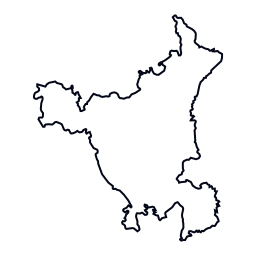 map outline of Haryana (Mercator projection)
{"feature_id": "IND-2430", "entity_name": "Haryana", "entity_type": "State", "adm_level": 1, "iso_a3": "IND", "parent_name": "India", "parent_adm1": "", "projection": "mercator", "projection_center": [76.236, 29.302], "detail": "fine", "context": "isolated", "style": "outline", "palette": "ink", "viewbox_px": 256, "rotation_deg": 0, "n_neighbors": 0, "source": "natural_earth", "source_scale": "10m", "svg_char_len": 5813}
<svg xmlns="http://www.w3.org/2000/svg" viewBox="0 0 256 256"><path d="M175.3,15.4L175.9,15.7L176.5,16.9L177.5,17.9L181.1,17.8L182.8,19.8L184.1,23.3L186.4,24.6L186.8,26.4L192.0,29.1L194.3,31.0L195.7,33.2L195.8,34.3L195.5,39.1L194.6,41.0L194.8,42.0L195.6,43.1L198.9,45.7L199.3,47.4L201.3,46.5L205.0,48.5L208.4,49.3L209.7,50.7L210.6,50.6L214.0,48.9L214.1,49.3L212.9,51.3L214.5,51.5L217.6,51.0L219.2,52.5L222.0,53.9L222.1,54.8L222.0,58.0L221.1,61.2L211.7,70.0L211.2,70.7L211.0,72.7L209.0,73.9L207.2,75.7L206.2,76.1L205.9,77.8L203.9,77.9L203.4,79.4L200.6,82.2L199.4,85.5L197.6,94.2L196.5,96.5L195.2,96.6L194.8,96.9L194.7,97.5L195.3,99.1L195.0,99.8L193.2,101.2L193.6,102.6L192.0,104.3L192.4,105.5L191.9,106.7L192.8,109.1L192.4,109.6L190.6,110.4L190.3,111.4L191.1,113.3L190.7,115.0L191.4,115.8L193.1,115.6L194.0,116.4L191.1,119.4L190.7,120.4L194.6,120.3L195.7,121.1L195.8,121.9L194.8,124.1L194.8,126.1L195.8,128.1L194.6,130.4L195.3,140.8L194.8,141.7L194.9,142.3L195.7,142.9L196.9,147.2L198.5,149.9L197.4,151.1L197.3,152.3L199.4,154.2L200.0,156.2L198.8,158.2L196.1,159.2L190.8,157.8L188.9,159.8L187.0,159.7L184.0,161.0L182.9,162.5L182.8,164.0L182.9,168.6L183.6,170.6L182.1,172.3L181.7,174.3L179.1,175.3L176.7,178.6L176.8,179.2L178.8,181.4L179.1,182.7L181.2,182.1L185.4,181.7L185.9,181.5L186.2,180.1L187.0,180.0L191.0,182.1L192.8,185.7L195.9,187.8L198.4,188.7L200.3,188.3L201.2,187.6L201.1,186.9L200.2,185.6L201.3,184.2L203.0,183.3L206.5,182.7L207.4,184.2L209.4,185.1L209.5,187.1L211.3,186.2L211.8,186.5L212.5,188.8L214.8,188.6L214.9,191.1L215.4,191.5L216.7,191.4L215.2,195.0L214.8,196.7L216.1,197.8L216.3,200.2L218.6,200.9L219.2,201.6L218.5,202.0L218.1,203.4L216.7,204.0L216.9,204.8L218.6,205.0L219.2,205.9L217.3,206.6L216.5,207.9L217.1,211.9L215.0,210.5L215.4,213.3L214.9,215.0L217.1,216.8L218.4,220.0L218.6,221.4L217.3,222.1L215.0,225.8L214.4,226.0L212.3,225.7L210.2,227.7L208.0,228.2L205.6,229.4L203.6,231.2L202.0,230.9L200.8,232.3L200.2,232.1L199.1,230.6L198.7,230.7L198.1,231.9L197.4,231.9L196.7,230.6L196.3,230.7L194.8,232.2L193.8,232.3L190.7,231.1L189.2,231.3L188.7,233.1L189.0,233.6L190.9,234.5L191.4,235.5L191.1,235.8L188.0,236.2L187.1,236.6L185.1,240.0L183.2,240.0L181.4,240.6L180.5,240.1L180.1,239.3L180.6,238.7L181.9,238.1L180.8,236.3L180.8,235.6L181.7,230.8L183.2,228.3L183.4,227.4L183.3,223.4L182.8,221.0L183.0,219.5L182.2,217.1L182.0,214.7L183.2,209.0L182.8,207.5L182.3,206.9L179.9,205.0L178.1,202.6L177.3,202.2L175.0,203.3L172.2,207.3L165.5,212.4L165.2,213.6L166.2,217.1L162.1,218.1L160.2,220.2L159.9,220.2L159.0,219.2L158.0,215.6L155.9,215.2L153.4,213.8L153.8,213.1L155.3,212.4L153.4,211.1L153.1,209.9L155.6,210.2L153.9,207.1L152.6,206.7L148.7,207.5L147.8,206.9L147.0,205.3L144.8,204.6L144.5,205.1L144.6,206.2L147.1,208.7L146.7,209.4L144.9,210.2L145.4,211.2L147.3,212.4L147.2,213.9L146.6,214.7L144.9,214.9L142.6,212.9L141.8,212.7L140.1,213.5L137.1,213.2L136.6,213.8L136.2,215.2L136.1,216.9L137.4,221.1L137.4,224.4L138.7,226.0L139.5,229.0L139.2,230.0L137.4,231.3L133.8,228.3L132.1,228.1L126.6,228.9L125.8,228.6L125.4,228.0L125.0,225.8L124.4,225.0L122.5,223.8L122.1,222.5L122.7,221.2L124.7,221.3L125.7,220.2L125.5,219.0L124.5,218.1L125.5,216.8L126.1,214.8L128.2,212.6L128.4,211.2L127.9,210.8L127.1,210.8L125.3,212.4L123.5,211.2L123.1,210.2L123.7,209.1L126.6,207.7L128.5,205.4L131.0,207.4L131.4,207.1L131.5,206.3L128.2,200.3L124.0,194.8L119.8,190.6L116.6,189.6L115.6,188.8L113.4,189.0L112.9,188.7L112.7,187.8L112.9,186.1L108.4,182.6L102.1,174.3L98.3,164.0L98.0,161.1L96.9,159.3L95.6,154.8L95.8,153.9L97.5,152.7L97.7,152.0L97.6,150.5L97.1,149.7L93.6,148.1L90.0,142.4L90.1,140.3L89.0,138.0L89.3,137.3L90.8,136.8L91.1,135.9L89.8,132.0L88.3,132.4L86.7,133.6L86.2,133.2L85.8,132.2L86.3,129.8L86.2,129.3L85.3,129.1L83.1,130.3L82.5,131.5L81.4,132.1L79.3,132.3L77.3,130.9L75.4,132.3L72.8,133.3L71.2,133.5L70.3,132.7L68.9,130.0L67.5,129.7L66.0,130.5L64.6,130.1L63.8,129.1L61.9,124.5L60.2,123.4L56.2,121.9L54.9,122.3L53.0,124.1L51.9,124.6L48.9,124.2L45.7,124.5L45.0,125.0L44.5,126.7L43.1,126.8L38.5,119.3L38.9,118.0L39.3,117.6L42.0,117.5L42.5,117.3L42.9,116.1L43.0,113.1L41.4,111.0L40.8,109.0L41.3,103.2L42.5,99.6L42.6,97.6L42.2,96.9L41.4,96.5L40.2,97.5L38.8,97.6L37.2,98.7L36.2,98.9L34.4,98.3L33.9,97.0L34.3,94.5L35.2,92.8L37.8,91.6L39.1,90.3L39.0,88.4L37.2,86.5L37.3,84.3L45.4,86.6L46.7,84.5L49.0,82.8L55.3,81.5L56.9,83.0L61.5,84.2L62.3,85.0L62.9,86.9L66.1,89.4L70.5,88.3L71.0,87.8L71.6,85.8L72.1,85.6L72.5,85.9L72.8,88.0L72.0,89.7L72.5,90.6L72.4,92.6L74.1,93.7L75.1,94.9L75.5,94.7L76.0,92.8L77.2,92.2L78.0,92.2L78.7,94.5L80.7,98.0L78.9,98.2L78.9,100.9L76.8,102.4L78.0,103.9L77.8,105.3L79.5,107.3L80.5,111.0L81.4,111.1L84.6,109.7L84.7,109.1L83.8,107.5L84.3,106.0L85.7,104.0L87.0,104.0L87.2,102.3L89.1,100.5L91.0,97.1L93.6,93.8L97.2,95.3L98.9,95.3L101.0,96.6L102.8,96.9L106.3,96.2L108.4,96.6L109.6,96.0L109.6,94.9L110.2,93.8L112.1,92.8L114.4,92.4L116.3,93.0L117.7,94.1L118.9,97.0L119.8,98.0L124.0,98.7L126.8,97.5L129.2,97.4L131.7,94.3L135.4,92.9L140.1,89.7L140.2,89.0L139.8,88.5L138.2,87.5L137.2,84.4L138.8,79.1L139.9,77.4L139.6,75.4L141.8,74.4L139.0,72.7L138.7,71.9L139.4,71.0L140.3,70.9L142.6,72.7L145.1,73.2L146.2,72.8L146.3,70.9L147.0,70.8L148.5,72.4L149.1,72.5L150.3,70.2L149.9,68.1L151.2,67.7L151.8,68.3L152.4,70.8L153.9,73.5L156.5,74.7L158.6,74.8L164.2,70.7L165.2,66.8L164.7,66.1L163.0,65.2L162.1,63.4L161.6,63.4L160.3,65.0L159.4,65.4L158.8,64.9L158.7,64.3L159.0,63.5L160.6,62.4L163.0,61.5L165.7,59.9L170.5,56.3L171.0,55.1L169.8,54.6L169.7,54.0L170.4,51.3L171.9,50.6L173.9,51.1L176.5,50.8L177.4,51.5L178.9,55.4L180.2,55.4L180.8,54.7L181.2,53.0L180.6,49.8L180.5,46.7L181.4,44.8L180.3,42.7L180.8,38.9L179.9,36.4L178.4,35.6L177.8,33.1L176.4,33.1L175.9,31.6L176.3,28.8L175.4,26.3L176.5,24.2L176.8,22.3L176.4,21.5L174.8,20.8L172.8,17.2L174.5,15.6L175.3,15.4Z" fill="none" stroke="#020617" stroke-width="2"/></svg>